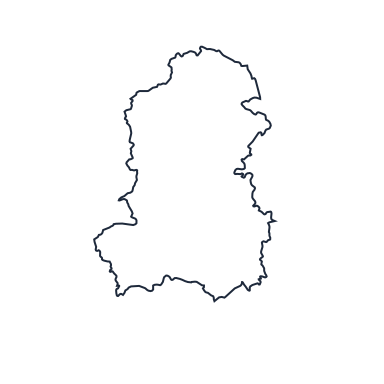 outline of Kaluga, rotated 319°
{"feature_id": "RUS-2361", "entity_name": "Kaluga", "entity_type": "Region", "adm_level": 1, "iso_a3": "RUS", "parent_name": "Russia", "parent_adm1": "", "projection": "mercator", "projection_center": [35.421, 54.295], "detail": "fine", "context": "isolated", "style": "outline", "palette": "slate", "viewbox_px": 384, "rotation_deg": 319, "n_neighbors": 0, "source": "natural_earth", "source_scale": "10m", "svg_char_len": 5993}
<svg xmlns="http://www.w3.org/2000/svg" viewBox="0 0 384 384"><g transform="rotate(319 192 192)"><path d="M235.4,268.2L230.4,265.6L229.0,265.4L228.6,267.1L228.0,268.6L227.0,269.8L223.8,272.6L223.4,273.9L221.7,275.9L221.1,277.8L220.0,279.0L219.6,279.1L217.9,278.3L215.6,278.6L215.0,278.3L213.6,276.1L212.4,275.8L211.5,276.1L209.8,279.0L209.0,279.8L205.2,282.2L204.2,283.3L203.4,287.0L202.8,287.3L200.4,287.1L199.2,287.3L199.0,287.6L198.9,288.0L199.2,289.6L199.1,290.3L196.9,292.0L196.8,292.4L197.0,293.9L196.4,296.9L194.7,298.9L193.6,301.9L193.4,303.6L192.9,304.7L192.1,304.8L191.1,304.4L189.4,301.5L188.5,300.6L188.0,300.5L187.7,300.7L187.4,302.1L187.2,302.5L185.1,301.6L184.9,301.9L185.1,304.2L184.9,304.7L184.5,305.2L182.5,306.2L181.9,305.9L181.8,304.5L181.5,303.9L176.5,301.8L174.0,301.5L172.9,302.0L171.0,304.2L170.7,304.2L170.2,303.5L169.9,302.4L170.4,298.7L170.5,296.1L171.0,293.6L170.9,293.0L170.7,292.8L169.1,294.1L167.7,294.5L166.9,294.5L161.0,292.8L148.5,293.1L147.2,293.0L145.6,290.7L143.3,289.3L137.3,289.1L138.0,287.4L139.1,286.0L139.6,284.6L138.6,282.5L137.9,278.6L136.8,277.0L136.5,276.3L136.6,274.0L137.0,271.9L138.5,271.7L139.7,270.4L138.3,268.9L136.6,262.9L135.4,261.6L132.6,259.6L132.1,259.7L129.8,257.2L128.3,254.7L127.1,252.0L125.8,249.6L123.7,246.6L122.4,245.6L119.8,245.6L118.9,244.9L118.8,244.1L119.3,241.7L119.3,241.1L118.7,239.2L117.7,238.1L115.2,238.0L114.2,238.5L111.1,240.7L108.0,241.6L106.8,241.4L105.3,239.4L104.2,238.4L102.7,237.4L101.3,237.1L98.7,240.1L97.1,240.3L95.7,239.6L94.4,237.9L93.9,236.5L93.6,234.2L93.3,233.4L90.5,228.2L84.1,223.3L81.5,222.6L79.7,223.0L77.1,222.6L74.9,223.8L72.4,224.4L71.9,222.8L71.5,222.2L70.4,221.8L68.0,222.0L67.5,221.5L67.4,220.8L68.4,218.9L70.0,216.7L70.8,216.0L71.5,215.8L73.0,216.2L75.4,215.2L75.5,215.0L75.4,214.6L73.9,213.6L75.5,212.7L76.1,211.9L76.3,208.9L76.7,208.0L77.6,207.3L79.1,206.7L79.9,205.9L80.0,204.4L79.8,202.6L80.0,199.9L79.6,199.3L78.2,198.9L77.8,198.3L77.9,197.9L79.1,197.2L80.9,197.2L81.3,196.7L81.5,195.2L81.8,194.7L82.8,194.2L83.5,193.3L84.2,190.5L82.6,188.9L80.7,186.2L79.9,184.6L79.9,183.8L80.5,183.2L80.9,182.4L80.6,180.8L80.7,179.9L83.3,177.1L83.6,176.2L83.6,175.4L83.3,174.7L82.0,174.4L81.6,174.0L81.2,173.1L81.6,172.2L83.7,170.5L85.7,165.8L87.1,163.6L91.4,164.2L93.6,163.3L95.0,164.2L96.4,164.3L97.6,164.0L100.0,162.4L106.5,164.7L108.0,164.8L110.0,165.4L111.1,165.3L111.8,164.9L113.8,166.1L118.6,170.0L126.0,178.4L128.2,179.2L129.6,179.1L131.4,177.1L131.8,176.0L131.6,174.6L130.2,172.0L129.9,170.7L133.1,169.2L133.9,167.1L135.0,161.0L135.9,159.3L136.2,157.5L137.3,155.7L136.7,153.7L136.2,152.8L135.2,152.1L131.8,150.9L131.3,150.3L132.4,149.7L135.1,149.7L138.3,150.7L142.6,150.7L145.1,152.1L147.3,152.3L148.5,151.6L150.9,149.7L153.2,149.2L154.8,148.0L158.3,146.8L159.7,144.4L160.5,143.5L163.0,141.9L163.7,140.8L164.8,139.7L164.8,139.3L164.4,138.7L162.4,137.7L161.2,135.9L160.2,135.2L160.0,134.8L160.0,134.1L160.6,132.0L160.6,129.7L161.1,127.4L162.2,126.7L166.1,126.2L167.1,127.0L169.3,127.6L169.9,127.0L171.2,122.7L173.0,121.4L174.0,119.1L178.3,118.6L179.0,118.2L179.2,117.7L179.3,116.4L177.8,113.7L178.1,112.8L179.2,111.8L184.5,108.0L185.4,106.9L188.1,102.1L188.4,99.8L188.0,97.4L188.2,97.0L189.5,96.5L189.7,96.1L189.9,95.2L189.8,94.1L189.3,93.1L189.4,92.7L190.6,91.9L191.7,91.8L192.1,91.2L193.8,87.1L196.1,87.2L200.0,89.2L200.6,89.1L203.2,87.5L203.7,86.8L204.0,85.5L204.6,84.8L207.0,84.3L207.4,83.6L206.7,81.9L206.7,81.3L213.6,82.0L215.1,80.8L215.7,80.7L218.1,81.2L218.9,81.6L224.6,86.6L225.5,87.1L230.8,87.6L234.6,89.7L236.6,88.7L237.3,88.8L238.8,90.3L241.3,91.1L243.1,93.1L243.9,93.2L250.3,92.2L251.2,91.7L251.9,90.6L252.7,89.8L255.4,88.6L256.0,87.1L256.9,86.4L258.2,84.6L258.1,83.8L257.4,81.2L257.5,80.6L257.7,80.4L259.9,79.6L262.3,78.0L263.9,78.1L267.4,79.5L268.1,79.3L269.5,78.1L271.0,77.8L272.0,77.9L272.8,78.4L272.9,79.1L272.8,81.9L273.0,82.7L273.2,83.0L274.4,83.2L276.3,82.3L279.6,83.8L282.4,84.3L283.6,85.1L285.2,87.4L285.7,88.5L285.9,89.2L285.6,90.8L285.2,91.8L285.3,92.1L285.9,92.6L291.3,91.6L291.7,90.9L292.1,89.0L293.1,88.3L294.0,88.2L294.9,88.9L296.1,91.5L297.0,94.0L299.4,95.9L301.9,99.3L302.7,101.6L303.3,102.2L304.7,102.5L305.1,102.9L305.3,103.4L305.2,108.5L305.5,110.0L309.2,119.3L309.7,121.8L312.3,124.7L312.7,125.6L312.7,127.1L312.0,129.2L312.8,130.1L316.6,132.8L314.6,135.9L313.9,140.9L313.0,143.4L312.0,145.1L311.7,146.0L313.6,146.9L313.8,148.0L313.3,149.5L305.6,165.1L304.5,166.5L302.5,163.1L301.1,161.7L299.5,161.0L296.7,160.4L294.1,160.8L293.6,160.4L292.9,159.1L292.4,158.6L288.8,157.5L287.7,157.7L287.1,158.2L286.9,159.6L287.1,162.3L287.0,164.1L287.5,165.2L289.4,168.1L289.7,169.2L289.7,172.1L290.1,174.1L290.9,175.3L291.4,175.4L293.1,174.9L294.2,175.2L295.0,176.3L297.5,181.2L297.6,182.2L297.2,183.2L295.6,185.4L295.3,186.1L296.2,188.2L296.4,189.6L295.9,192.0L295.0,193.6L292.7,194.7L291.7,194.7L289.0,193.6L287.8,193.8L285.3,195.1L282.5,195.3L281.9,194.9L282.1,194.3L283.1,192.9L283.0,192.0L281.2,191.0L270.9,193.7L264.8,194.2L264.2,194.6L264.0,195.2L264.6,197.8L261.3,200.4L261.1,200.9L261.4,202.4L261.2,202.8L260.1,202.8L258.5,201.5L257.8,201.4L252.6,201.5L251.5,200.1L250.7,200.1L250.0,201.3L250.2,203.7L250.1,205.0L249.5,206.2L247.6,208.6L246.6,208.7L245.4,208.2L244.4,207.5L241.8,204.5L240.7,203.9L239.1,203.9L236.8,205.0L236.3,205.7L236.3,206.6L236.9,207.3L237.8,207.8L240.4,210.4L241.6,210.6L242.1,211.1L242.3,211.9L242.0,212.5L239.6,212.9L239.6,213.3L240.5,215.2L241.4,215.4L243.4,214.4L244.8,214.1L246.1,214.3L248.1,215.6L248.6,216.7L248.9,218.4L248.4,219.3L247.7,219.9L244.0,221.3L242.7,223.2L241.8,225.1L241.7,226.3L242.4,229.7L242.0,230.5L240.6,231.3L238.0,231.8L236.6,232.8L234.1,235.4L233.6,236.7L233.5,240.5L232.8,241.7L232.0,242.2L229.2,242.5L229.0,243.1L229.5,243.8L231.9,244.8L232.4,245.8L232.6,247.7L232.2,248.6L230.3,249.8L231.5,252.5L231.8,256.0L232.0,256.4L233.0,256.9L234.7,256.4L235.5,256.5L238.5,258.4L238.6,258.8L238.5,259.4L237.8,260.5L235.1,263.0L234.2,264.3L234.2,265.7L235.4,268.2Z" fill="none" stroke="#1e293b" stroke-width="2"/></g></svg>